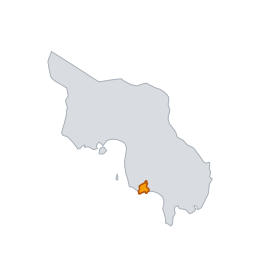 where Monastir sits in Tunisia, rotated 135°
{"feature_id": "TUN-117", "entity_name": "Monastir", "entity_type": "Governorate", "adm_level": 1, "iso_a3": "TUN", "parent_name": "Tunisia", "parent_adm1": "", "projection": "mercator", "projection_center": [10.678, 35.624], "detail": "fine", "context": "in_parent", "style": "filled", "palette": "amber", "viewbox_px": 256, "rotation_deg": 135, "n_neighbors": 0, "source": "natural_earth", "source_scale": "10m", "svg_char_len": 3135}
<svg xmlns="http://www.w3.org/2000/svg" viewBox="0 0 256 256"><g transform="rotate(135 128 128)"><path d="M178.3,148.5L178.2,149.3L177.3,155.0L177.1,157.1L177.0,160.6L177.0,164.8L179.0,168.3L179.1,169.8L178.3,171.6L174.6,173.7L169.8,176.3L165.6,178.8L161.1,181.6L159.7,183.3L157.5,184.7L155.6,186.1L155.3,187.4L154.0,189.9L152.3,191.8L148.0,192.8L147.2,193.3L145.2,196.3L144.3,197.5L143.1,199.9L144.6,206.2L146.4,212.7L146.7,215.4L146.7,217.6L145.7,220.0L143.4,223.4L141.7,226.0L138.5,230.5L137.6,231.6L135.4,232.9L131.1,234.7L128.1,236.2L126.5,229.3L125.2,223.4L124.1,218.5L122.2,209.9L120.6,202.6L119.0,195.2L117.6,188.6L116.1,181.8L115.4,180.8L111.0,177.6L107.0,174.7L102.7,171.4L98.1,167.7L97.4,163.1L95.0,156.2L92.5,152.3L91.6,151.3L86.6,148.8L83.7,147.0L82.9,145.9L82.3,143.1L80.3,137.4L77.9,132.3L77.1,128.8L76.9,124.4L77.4,121.2L78.4,119.9L83.3,115.9L85.6,111.2L88.4,109.4L90.8,108.0L92.8,106.5L94.6,103.9L95.9,101.2L96.1,98.3L96.7,93.7L97.6,90.4L99.7,86.7L98.8,83.8L97.7,80.6L98.0,75.0L97.7,72.7L96.8,70.7L95.9,68.2L95.9,66.0L96.8,60.4L97.4,56.1L98.5,50.5L98.1,48.9L97.3,47.7L95.0,46.5L94.9,45.7L95.5,44.9L99.0,42.2L100.9,38.1L102.5,37.3L104.9,35.8L104.8,34.2L104.3,32.5L110.5,30.6L116.5,25.6L118.6,24.4L132.4,19.8L134.1,20.1L136.2,20.8L135.6,22.5L134.8,23.9L135.9,26.3L137.6,24.8L137.2,23.8L137.1,22.5L139.9,22.4L142.4,22.6L145.2,24.0L145.0,29.5L148.7,34.8L147.6,37.5L150.7,39.0L153.3,37.1L154.7,34.4L159.6,32.8L164.3,28.7L166.9,28.3L167.5,31.6L168.7,34.5L166.9,35.6L164.7,38.7L160.4,46.5L156.5,48.8L153.5,51.9L152.6,54.0L152.3,56.5L153.0,61.0L155.2,65.5L157.6,68.2L160.0,69.1L165.6,73.4L165.5,76.0L166.3,79.0L166.6,82.7L168.5,85.6L164.4,92.0L162.1,96.6L157.7,102.9L153.8,107.0L145.3,113.1L143.2,115.1L141.9,117.2L141.2,119.4L141.5,122.0L144.3,128.3L148.0,132.0L151.7,134.0L158.3,133.2L158.0,135.6L158.5,138.5L161.2,138.3L162.9,137.9L164.4,135.1L167.6,137.0L169.3,142.9L172.0,144.7L172.3,145.4L171.4,145.8L170.6,146.5L171.4,147.0L174.1,147.7L175.6,147.2L178.3,148.5ZM164.4,132.2L163.8,132.3L162.6,133.1L161.9,133.2L160.1,132.3L159.4,132.3L158.5,131.6L158.8,128.1L159.1,127.1L163.5,127.0L166.0,129.1L166.4,129.6L166.5,130.2L165.3,131.4L164.4,132.2ZM172.5,100.6L168.6,102.8L169.4,100.9L172.0,98.6L172.6,99.1L172.5,100.6Z" fill="#d9dde1" stroke="#a8b0b8" stroke-width="1"/><path d="M157.7,68.6L157.8,68.6L158.3,68.9L159.0,69.2L160.5,68.6L160.8,68.7L161.0,68.8L161.5,69.3L161.2,69.7L161.1,70.3L161.2,70.9L161.5,71.4L162.5,71.9L164.8,72.8L165.8,72.7L166.5,73.3L166.9,74.0L165.9,74.4L165.8,75.1L165.9,75.6L163.8,76.4L163.2,76.7L162.6,77.1L162.2,77.5L162.0,77.8L161.8,78.2L161.5,78.7L161.5,78.8L161.3,78.8L161.0,78.9L160.1,78.8L158.4,78.5L155.4,77.5L155.2,77.3L154.6,77.0L154.4,77.0L154.2,77.1L154.1,77.3L154.0,77.6L153.8,78.0L153.7,78.1L152.9,78.0L152.7,78.0L152.6,77.9L152.4,77.7L152.4,77.3L152.4,77.0L152.5,76.8L152.6,76.7L153.4,76.4L153.6,76.2L153.8,75.9L153.7,75.7L153.4,75.2L153.5,75.0L153.7,74.8L153.9,74.7L154.0,74.7L154.6,74.5L155.5,74.2L155.9,74.0L156.1,73.8L156.2,73.6L156.3,73.3L156.5,72.2L156.4,71.0L156.4,70.5L156.4,70.3L156.6,69.9L157.6,68.6L157.7,68.6Z" fill="#f59e0b" stroke="#b45309" stroke-width="1.5"/></g></svg>